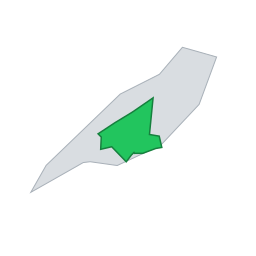 location of Ngeremlengui within Palau, rotated 218°
{"feature_id": "PLW-5256", "entity_name": "Ngeremlengui", "entity_type": "state/province", "adm_level": 1, "iso_a3": "PLW", "parent_name": "Palau", "parent_adm1": "", "projection": "natural_earth1", "projection_center": [134.562, 7.532], "detail": "fine", "context": "in_parent", "style": "filled", "palette": "green", "viewbox_px": 256, "rotation_deg": 218, "n_neighbors": 0, "source": "natural_earth", "source_scale": "10m", "svg_char_len": 569}
<svg xmlns="http://www.w3.org/2000/svg" viewBox="0 0 256 256"><g transform="rotate(218 128 128)"><path d="M134.8,225.1L101.9,238.5L86.5,190.4L91.6,134.7L113.4,91.8L137.1,78.1L142.0,73.2L165.0,17.5L169.5,48.2L155.0,150.0L136.3,189.7L134.8,225.1Z" fill="#d9dde1" stroke="#a8b0b8" stroke-width="1"/><path d="M98.4,140.8L89.4,133.5L93.5,129.0L100.8,117.1L107.3,112.0L108.2,112.4L108.7,108.9L108.6,100.3L129.3,103.2L136.4,94.4L143.5,104.4L148.0,105.0L141.5,124.3L134.4,143.1L126.8,167.2L107.1,136.1L98.4,140.8Z" fill="#22c55e" stroke="#15803d" stroke-width="1.5"/></g></svg>